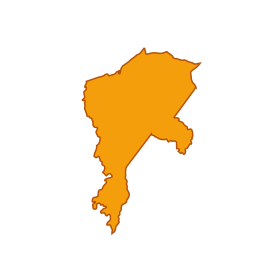 Vaupés, Equal Earth projection, rotated 36°
{"feature_id": "COL-1426", "entity_name": "Vaupés", "entity_type": "Commissiary", "adm_level": 1, "iso_a3": "COL", "parent_name": "Colombia", "parent_adm1": "", "projection": "equal_earth", "projection_center": [-70.34, 0.431], "detail": "fine", "context": "isolated", "style": "filled", "palette": "amber", "viewbox_px": 256, "rotation_deg": 36, "n_neighbors": 0, "source": "natural_earth", "source_scale": "10m", "svg_char_len": 5873}
<svg xmlns="http://www.w3.org/2000/svg" viewBox="0 0 256 256"><g transform="rotate(36 128 128)"><path d="M159.4,55.5L158.8,55.5L159.1,57.7L159.0,92.3L159.9,92.4L161.7,90.9L162.7,90.5L163.3,90.5L163.8,90.7L164.2,91.0L164.3,92.2L164.7,92.3L168.7,91.5L169.7,91.6L171.6,92.4L172.0,92.5L173.4,92.5L174.7,92.2L175.1,92.3L175.5,92.5L175.7,92.8L175.8,93.1L176.0,93.3L176.8,93.9L177.3,94.1L179.2,92.1L179.9,91.9L180.6,92.0L182.7,93.5L183.3,94.1L184.0,95.3L184.8,95.9L185.1,96.3L185.2,96.9L185.2,97.5L185.3,98.1L186.3,98.9L186.0,100.9L186.7,101.8L187.7,102.3L188.2,102.7L188.5,103.2L188.5,104.0L188.1,104.2L187.7,104.3L187.5,104.5L187.4,105.7L187.8,108.2L187.8,109.5L187.5,110.1L187.1,110.6L186.8,111.1L186.9,111.9L187.2,112.3L188.2,112.9L188.5,113.3L188.9,114.5L189.1,115.5L188.8,116.3L188.0,116.6L187.7,116.5L186.9,116.1L186.4,116.1L186.1,116.4L185.6,117.3L185.3,117.6L184.7,117.6L183.1,117.3L182.4,117.4L182.5,115.8L182.1,115.2L181.4,115.2L180.5,115.5L179.6,116.1L179.3,115.9L176.3,111.8L175.6,111.1L174.7,110.8L173.6,111.0L172.8,111.5L171.5,112.7L170.7,112.8L169.8,113.3L169.4,114.6L168.8,115.5L167.4,115.1L166.2,114.4L165.6,114.5L164.0,116.2L162.5,117.2L160.9,118.0L159.2,118.5L156.3,118.7L155.5,119.0L154.7,119.2L153.7,118.9L152.8,119.0L151.9,119.5L151.1,119.8L150.4,119.1L149.7,155.3L149.6,159.6L149.9,161.6L150.4,162.7L152.0,165.3L154.1,167.9L155.1,169.8L155.5,170.3L156.3,170.7L158.0,171.2L158.7,171.9L159.0,172.4L159.4,173.7L159.7,174.2L160.1,174.6L161.1,175.2L161.5,175.6L162.8,177.5L163.4,178.2L166.8,179.9L167.5,180.4L168.2,181.3L168.8,182.3L169.1,183.4L169.3,184.7L169.3,186.3L169.4,186.9L169.6,187.5L169.9,187.9L170.1,188.4L170.3,189.1L170.0,190.4L168.7,193.1L168.4,194.1L168.8,195.5L170.4,197.9L170.7,198.7L170.6,200.1L170.7,200.7L171.1,201.5L171.4,201.8L171.7,202.1L172.0,202.4L172.2,203.0L172.3,203.6L172.2,204.2L172.1,204.8L172.4,205.5L172.8,205.9L173.7,206.4L174.1,206.8L175.0,208.6L175.3,208.9L175.7,209.0L175.9,209.1L176.0,209.3L176.2,209.7L176.1,209.9L176.3,212.0L176.3,212.7L176.0,213.8L176.0,214.5L177.6,217.9L178.0,219.6L177.1,222.8L175.7,220.6L175.5,219.9L175.3,219.5L174.8,219.2L174.6,219.2L174.0,219.1L171.1,217.1L170.5,217.0L168.3,218.6L167.8,218.8L167.5,218.4L167.1,217.3L167.1,216.2L167.3,215.3L167.5,214.4L167.7,213.4L167.5,212.4L167.0,211.5L165.3,209.4L164.7,209.0L164.0,208.8L163.4,209.1L163.0,209.7L162.7,211.2L162.2,211.7L161.4,211.7L159.5,210.7L158.4,210.7L157.8,211.3L157.1,212.0L156.4,212.5L155.6,212.4L155.0,211.7L154.9,210.9L155.5,209.1L155.6,208.8L155.5,208.0L155.6,207.6L155.8,207.3L156.4,206.7L156.6,206.4L156.9,205.7L157.1,205.0L156.8,204.5L155.9,204.5L155.2,204.9L154.6,205.4L153.9,205.6L152.7,204.7L152.2,205.1L151.9,205.8L151.3,206.2L151.1,206.3L150.9,206.2L150.7,206.2L149.7,205.5L149.2,205.5L148.5,206.0L147.5,207.8L148.1,209.1L149.2,210.3L149.7,211.8L149.3,212.8L148.6,213.4L147.7,213.6L146.9,213.3L144.8,211.1L144.5,210.6L144.5,209.8L145.1,208.3L145.2,207.5L144.9,206.8L144.3,207.1L143.3,208.4L142.5,208.6L141.8,207.8L141.2,206.6L140.9,205.5L141.1,204.6L141.6,203.9L142.8,202.8L143.8,200.9L142.9,199.1L141.6,197.2L141.2,195.2L141.7,194.5L142.3,193.9L142.8,193.4L142.9,192.5L142.5,190.7L142.4,189.8L142.3,188.8L142.6,186.6L142.6,185.4L142.4,184.5L141.8,183.7L141.0,183.8L140.4,184.1L139.9,184.1L139.9,182.8L140.8,181.2L143.4,177.8L143.8,177.2L143.6,176.5L142.6,175.8L141.7,175.5L140.9,175.5L140.1,175.8L139.3,176.4L138.8,177.1L138.9,178.6L138.6,179.3L137.8,179.4L135.6,178.8L133.8,178.9L133.6,178.4L133.7,177.5L133.8,176.6L133.5,175.6L132.9,174.5L132.3,173.5L131.6,172.9L130.9,172.7L128.8,172.9L128.2,172.6L127.4,171.2L126.8,170.7L126.3,170.7L125.3,170.9L124.9,170.9L124.4,170.6L123.2,169.3L122.4,168.8L121.5,168.3L120.7,168.4L120.3,169.4L120.0,170.3L119.5,170.8L118.9,170.9L117.4,170.9L117.0,170.7L116.8,170.2L115.7,167.3L114.8,163.5L113.1,160.7L113.1,160.1L113.3,159.4L113.5,158.4L113.5,157.4L113.3,156.5L113.0,155.6L111.8,153.2L111.2,152.4L110.7,152.0L110.2,152.0L109.3,152.5L108.8,152.6L108.0,152.3L106.4,151.2L105.6,150.9L104.7,150.3L104.3,149.4L103.9,147.1L103.2,145.9L102.4,145.9L100.7,146.9L100.0,147.0L99.3,146.9L98.6,146.6L98.0,146.2L95.7,143.2L94.2,142.6L93.3,141.7L92.8,141.6L91.5,142.1L91.0,142.1L90.7,142.1L89.9,141.7L89.5,141.7L88.8,142.0L88.4,142.3L87.9,142.4L85.7,140.5L81.5,137.8L81.0,137.0L80.1,135.0L79.6,134.5L78.7,134.1L78.2,133.3L77.9,132.3L77.4,131.3L76.8,131.1L75.5,132.3L74.9,132.3L74.6,131.6L74.8,130.6L75.0,129.6L75.0,128.8L74.1,127.7L72.5,126.3L71.1,124.8L71.1,123.5L71.5,122.7L71.5,121.8L71.3,120.9L70.8,120.2L70.1,119.5L69.8,119.7L69.6,120.3L69.3,120.4L68.6,119.7L68.3,118.7L68.1,116.5L67.6,115.2L66.9,114.8L74.8,103.6L76.1,102.2L77.4,100.4L77.8,99.6L78.0,98.6L78.7,97.3L79.3,96.7L80.0,96.4L80.7,96.6L81.2,96.9L81.7,96.9L82.2,96.7L84.1,94.0L84.9,93.3L85.3,92.4L85.8,91.0L85.9,90.5L85.9,89.9L85.9,89.3L86.0,88.7L86.3,88.5L87.0,88.6L87.0,88.2L87.0,87.6L87.0,86.9L87.3,86.5L87.5,86.5L87.8,87.2L87.9,87.9L88.0,88.5L88.3,89.1L88.8,89.3L89.3,89.1L89.4,88.6L89.2,87.9L88.8,87.3L88.5,86.5L88.0,85.3L87.9,84.8L87.3,83.4L87.3,82.6L87.3,81.4L87.3,80.8L87.4,80.3L87.7,79.8L89.7,73.6L90.0,72.0L90.2,70.5L90.7,69.3L91.6,66.5L92.0,64.6L92.3,63.6L93.5,61.7L93.8,60.4L93.9,58.9L94.1,54.1L94.8,53.9L96.0,55.2L97.4,55.9L98.2,57.1L98.7,57.3L99.5,57.4L100.2,56.8L101.1,55.8L101.8,54.8L103.8,52.7L107.3,50.3L109.5,49.2L110.9,48.2L111.9,47.2L113.6,44.9L114.3,43.7L114.6,43.5L114.9,43.5L115.3,43.7L119.2,43.5L120.8,43.7L121.3,43.6L121.8,43.8L122.2,43.9L122.7,44.3L123.1,44.5L123.7,44.6L124.4,44.5L125.1,44.3L126.4,43.4L129.2,42.5L130.1,42.1L131.7,41.6L132.2,41.3L132.6,40.9L133.3,40.1L134.0,39.6L135.7,39.2L136.4,39.2L136.8,39.0L137.6,39.0L138.4,38.8L139.9,38.1L141.8,37.5L144.2,37.1L145.0,36.7L145.5,36.2L146.5,34.9L148.3,33.2L148.2,35.6L147.7,38.5L145.9,44.4L145.8,45.4L146.1,46.3L150.6,51.3L152.7,52.8L154.0,53.4L156.0,53.6L157.9,54.4L159.2,55.3L159.4,55.5Z" fill="#f59e0b" stroke="#b45309" stroke-width="1.5"/></g></svg>